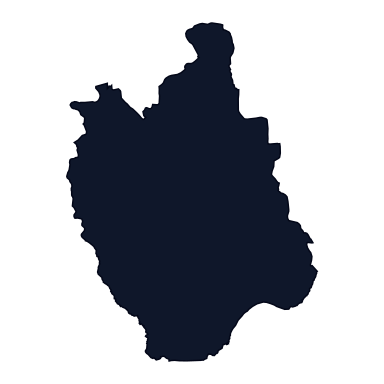 Ganzourgou, Ganzourgou, Burkina Faso (Robinson projection)
{"feature_id": "67063806B50041184778807", "entity_name": "Ganzourgou", "entity_type": "district", "adm_level": 2, "iso_a3": "BFA", "parent_name": "Burkina Faso", "parent_adm1": "Ganzourgou", "projection": "robinson", "projection_center": [-0.77, 12.29], "detail": "fine", "context": "isolated", "style": "filled", "palette": "ink", "viewbox_px": 384, "rotation_deg": 0, "n_neighbors": 0, "source": "geoboundaries", "source_scale": "gbopen_adm2", "svg_char_len": 5922}
<svg xmlns="http://www.w3.org/2000/svg" viewBox="0 0 384 384"><path d="M238.7,89.7L237.4,89.8L236.5,88.5L235.5,88.7L234.4,86.8L234.0,84.8L233.0,84.5L232.5,80.2L230.9,76.8L231.4,74.6L231.3,73.8L230.1,71.8L229.7,70.7L230.5,69.6L229.0,66.6L228.8,65.6L230.5,63.8L230.1,57.7L230.7,56.2L232.8,52.9L233.9,48.2L233.2,44.6L232.2,42.5L232.1,40.7L231.4,37.4L230.3,34.7L230.2,33.8L229.0,32.1L225.2,30.2L223.3,29.7L222.4,26.9L222.7,26.0L222.6,24.9L220.2,24.2L211.9,23.0L210.5,23.2L207.8,24.4L202.3,23.5L199.6,24.0L194.5,26.0L192.7,28.5L189.4,29.4L187.8,30.2L186.8,31.2L185.8,33.5L186.2,36.5L187.7,39.4L189.7,42.1L192.0,43.7L192.9,44.7L198.2,54.6L198.3,55.8L197.8,56.8L199.0,57.7L194.7,61.6L192.3,63.3L190.3,63.6L188.0,63.5L186.5,64.0L184.9,66.1L184.8,67.3L185.3,69.2L184.3,70.2L181.0,72.8L177.4,74.5L171.7,75.4L169.1,76.2L166.2,78.0L165.3,78.9L164.7,79.7L163.4,82.9L161.8,84.6L159.1,86.5L159.3,89.2L159.2,93.4L159.6,95.9L159.2,103.3L158.3,104.5L157.1,104.8L152.7,104.5L152.1,107.0L151.4,108.1L150.6,108.8L149.1,108.7L146.7,107.7L145.5,108.0L144.5,110.2L143.0,111.6L143.8,115.5L144.4,116.4L145.7,117.4L144.1,119.0L143.1,119.5L141.5,118.2L139.3,115.5L136.9,113.0L132.8,109.1L130.0,107.3L127.2,104.0L125.3,102.5L121.3,98.1L120.6,91.5L120.2,90.6L118.4,88.9L113.6,90.0L112.3,89.5L111.9,89.1L111.6,85.5L110.8,86.4L109.0,86.1L108.5,87.6L107.3,88.7L107.3,83.3L95.9,86.5L95.8,88.1L98.8,91.6L100.0,94.5L100.2,96.1L99.8,97.8L99.1,99.4L97.8,101.1L96.3,102.0L94.5,102.4L92.7,101.8L84.7,102.5L80.6,102.5L79.7,103.0L76.5,101.9L74.3,101.7L73.3,102.3L72.1,102.4L70.8,103.7L70.2,105.0L71.7,107.7L73.3,108.6L74.9,108.7L75.2,109.0L78.0,109.8L79.8,111.6L80.9,114.7L84.1,117.0L84.7,118.1L84.3,122.8L83.2,124.0L84.2,125.1L86.6,131.4L86.4,133.7L85.4,134.5L82.3,135.5L78.1,140.1L74.3,142.5L76.5,144.5L77.0,146.8L77.8,146.9L77.8,147.9L77.1,150.0L78.3,154.2L78.4,156.0L77.8,157.4L75.7,157.6L74.1,158.6L71.1,159.0L70.0,160.0L69.6,162.4L70.0,164.7L69.2,169.7L68.7,171.1L67.9,172.4L66.8,176.3L67.2,177.8L69.5,179.8L69.8,181.1L70.5,182.5L71.4,183.4L71.8,184.6L72.0,186.4L71.3,188.4L71.4,190.8L71.9,191.7L71.7,192.1L71.7,194.6L71.9,195.9L72.6,196.6L73.2,198.7L72.4,206.0L74.0,207.5L76.1,211.5L75.6,212.7L74.1,214.8L74.0,216.2L74.6,217.9L75.1,218.2L77.7,218.0L81.4,218.8L81.9,219.2L82.6,221.0L82.5,222.1L81.9,223.9L82.0,225.5L84.5,227.8L84.7,229.2L84.3,230.8L81.5,234.2L81.3,235.1L81.6,236.3L82.3,237.4L85.4,240.1L85.4,240.7L87.2,241.3L89.5,242.8L94.3,246.8L94.3,247.5L96.3,250.3L96.0,253.6L96.8,254.7L96.9,256.3L97.6,256.8L98.6,256.7L98.6,258.9L99.7,261.0L99.4,263.2L99.8,263.8L98.3,267.2L98.4,268.4L97.6,272.0L98.3,274.2L102.1,277.6L102.0,278.7L102.4,279.8L103.3,280.9L103.3,282.1L105.4,283.7L107.4,284.7L107.4,285.1L109.0,286.2L109.8,288.3L111.1,290.0L110.7,291.3L111.1,292.0L111.7,292.1L111.9,293.6L113.7,295.0L114.3,295.8L114.3,298.7L115.1,299.0L115.5,298.8L115.8,299.7L115.5,301.0L116.9,302.7L117.4,303.7L119.3,304.5L120.4,306.2L120.7,305.7L122.6,307.1L125.6,308.4L126.6,309.7L127.1,309.6L128.0,310.8L128.7,313.0L130.0,313.9L130.9,314.0L132.0,315.2L133.3,315.4L134.1,316.1L136.1,315.7L136.7,315.9L137.6,315.5L138.0,317.5L139.2,319.2L139.1,320.9L139.7,321.4L139.7,322.3L139.2,323.1L140.1,324.4L141.4,323.8L143.0,325.8L143.2,325.5L144.1,325.9L143.9,327.2L145.2,328.6L146.2,330.1L145.8,331.1L145.9,332.2L146.4,332.8L147.3,333.2L147.8,334.4L146.1,335.3L145.5,336.3L146.8,337.3L147.4,337.3L148.1,338.3L147.6,339.3L147.5,340.8L146.9,341.6L147.2,342.6L146.7,343.4L147.1,344.0L147.1,344.7L146.8,348.6L145.4,351.0L145.6,352.0L146.6,353.3L148.3,354.5L151.0,357.6L152.9,358.4L153.6,357.8L154.2,357.8L154.4,358.3L155.4,358.7L155.5,359.3L156.2,359.4L156.3,359.9L159.2,359.1L159.4,358.5L160.3,358.5L160.9,357.3L160.7,356.7L161.4,356.9L162.4,356.3L163.6,356.3L164.4,356.4L166.4,358.1L168.8,359.1L169.2,359.8L169.0,360.3L169.1,361.0L171.2,360.5L174.6,360.3L179.2,360.7L186.7,360.8L200.9,360.3L202.3,360.0L203.1,360.2L203.9,359.8L204.0,359.5L206.7,358.4L207.1,356.3L208.4,354.1L211.2,354.3L212.6,355.4L214.4,355.5L216.1,353.5L216.9,353.4L217.5,352.9L217.8,352.4L217.7,351.2L218.5,350.8L218.6,350.3L222.0,348.3L223.1,344.5L224.1,344.5L225.9,343.7L226.6,344.5L227.3,344.3L227.0,343.5L227.3,342.6L227.6,342.6L228.1,343.4L228.4,343.5L228.3,342.0L229.0,341.8L228.8,340.6L229.2,339.2L229.7,338.7L229.6,336.7L230.4,335.2L230.3,334.3L230.6,332.9L231.9,330.2L233.0,328.4L235.5,325.4L238.1,320.2L242.0,315.9L243.6,313.7L245.5,312.1L247.3,311.1L248.9,309.2L252.5,306.4L257.0,303.8L263.3,302.0L266.6,302.3L270.5,303.5L274.4,305.0L276.6,306.4L284.7,309.3L288.8,309.1L290.3,306.8L291.3,306.5L292.3,306.9L293.1,306.8L295.7,306.0L296.7,305.3L297.1,305.4L298.0,304.2L299.4,303.1L301.8,302.5L302.4,301.1L302.2,300.0L302.7,300.1L304.0,297.9L304.5,297.6L306.2,295.6L306.7,295.7L307.7,294.0L308.0,294.0L308.3,292.5L309.7,290.8L309.6,288.5L311.1,287.6L311.8,285.3L312.6,283.9L312.5,283.0L312.8,282.8L313.2,280.4L314.0,280.2L314.3,278.9L315.6,276.7L316.1,274.3L316.6,273.4L316.6,271.7L317.2,271.3L312.1,265.6L310.9,265.9L310.5,265.7L310.4,264.6L311.5,260.3L311.9,256.5L310.7,252.6L309.3,250.9L307.5,247.8L306.6,244.5L307.1,242.6L307.7,242.4L312.0,242.9L312.9,242.7L310.8,239.1L310.1,238.8L308.1,234.9L306.9,233.4L305.6,232.9L303.8,232.9L302.7,230.7L300.7,228.5L300.3,225.6L299.1,224.0L297.3,222.6L288.8,220.6L287.8,218.8L287.5,217.5L287.4,215.7L288.7,211.3L288.7,209.4L287.9,201.5L287.0,196.8L285.4,195.0L284.6,194.5L282.9,193.5L280.6,193.0L280.5,192.5L278.5,191.1L278.1,190.5L278.5,189.5L278.1,187.4L278.7,185.7L279.2,183.1L277.9,182.6L276.6,181.1L275.3,179.1L272.2,175.8L271.4,174.4L272.1,170.9L273.7,166.6L274.0,160.9L278.6,158.3L279.6,157.3L280.3,153.1L280.1,146.4L279.7,143.7L278.8,143.9L277.4,143.5L270.0,144.1L268.0,143.8L267.7,141.7L267.9,138.7L267.7,134.3L267.9,128.5L267.0,119.8L266.1,118.8L261.7,117.4L260.2,117.4L256.0,118.2L247.2,119.2L244.9,119.0L244.1,118.7L240.1,114.0L238.7,111.7L238.3,110.2L238.2,98.7L238.6,94.7L238.7,89.7Z" fill="#0f172a" stroke="#020617" stroke-width="1.5"/></svg>